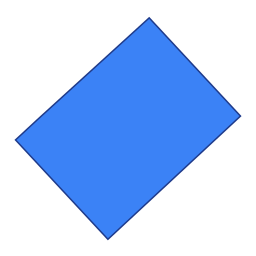 Reagan, Texas, United States of America (Robinson projection), rotated 227°
{"feature_id": "52423323B76210058558743", "entity_name": "Reagan", "entity_type": "district", "adm_level": 2, "iso_a3": "USA", "parent_name": "United States of America", "parent_adm1": "Texas", "projection": "robinson", "projection_center": [-101.414, 31.365], "detail": "fine", "context": "isolated", "style": "filled", "palette": "blue", "viewbox_px": 256, "rotation_deg": 227, "n_neighbors": 0, "source": "geoboundaries", "source_scale": "gbopen_adm2", "svg_char_len": 248}
<svg xmlns="http://www.w3.org/2000/svg" viewBox="0 0 256 256"><g transform="rotate(227 128 128)"><path d="M195.8,76.3L195.9,67.5L196.0,37.6L60.3,37.4L60.0,218.4L194.1,218.6L195.8,76.3Z" fill="#3b82f6" stroke="#1e3a8a" stroke-width="1.5"/></g></svg>